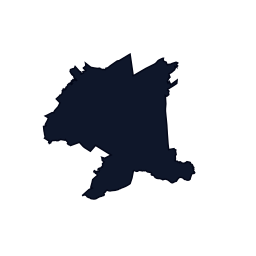 Jala, Nayarit, Mexico, rotated 124°
{"feature_id": "50627088B47723743355914", "entity_name": "Jala", "entity_type": "district", "adm_level": 2, "iso_a3": "MEX", "parent_name": "Mexico", "parent_adm1": "Nayarit", "projection": "mercator", "projection_center": [-104.394, 21.203], "detail": "fine", "context": "isolated", "style": "filled", "palette": "ink", "viewbox_px": 256, "rotation_deg": 124, "n_neighbors": 0, "source": "geoboundaries", "source_scale": "gbopen_adm2", "svg_char_len": 5811}
<svg xmlns="http://www.w3.org/2000/svg" viewBox="0 0 256 256"><g transform="rotate(124 128 128)"><path d="M113.6,207.5L113.6,207.2L114.0,206.5L114.1,206.4L114.5,205.6L114.3,205.0L114.4,204.4L115.0,204.4L115.1,202.7L114.8,202.5L115.0,202.1L115.6,201.7L116.8,200.3L116.8,200.1L116.6,200.1L116.6,198.9L116.8,198.2L117.3,197.2L117.5,197.3L117.9,198.5L118.0,199.7L118.3,199.9L119.1,199.7L118.9,200.7L119.5,200.7L120.6,201.1L120.8,200.3L121.2,200.6L121.3,200.5L121.4,200.8L121.9,200.6L122.7,200.9L122.7,200.7L122.1,200.5L122.8,200.6L122.1,200.4L122.4,199.9L122.4,198.9L123.5,199.2L123.3,200.1L123.4,200.4L123.0,201.5L123.5,200.5L123.7,200.9L124.0,201.1L123.8,201.7L124.1,201.2L124.2,201.3L124.1,201.7L125.9,202.1L126.2,202.1L127.0,201.6L127.7,201.6L128.5,202.1L129.2,202.0L129.1,201.7L130.2,202.0L130.4,201.7L130.5,201.4L130.8,201.2L131.8,202.0L131.5,202.5L132.0,203.0L131.9,203.4L132.8,203.2L133.5,203.4L133.6,202.8L134.7,202.7L136.0,201.9L137.2,201.9L138.0,202.0L138.7,202.7L138.9,202.8L139.5,202.7L141.7,203.1L142.2,203.3L144.0,203.7L145.1,198.4L149.4,197.8L154.4,198.5L156.6,198.3L156.9,198.1L157.7,199.5L162.4,202.1L163.0,202.4L163.2,202.6L164.3,203.3L164.1,199.8L165.0,199.4L166.8,199.0L170.9,198.6L171.6,198.3L171.8,197.3L172.4,197.4L172.6,197.7L173.1,197.9L173.4,198.4L173.9,198.9L177.5,195.9L178.7,194.6L179.7,193.8L181.2,192.1L182.6,191.4L183.1,191.5L183.1,190.7L182.9,188.4L183.1,188.1L182.9,187.8L182.9,187.4L182.6,186.7L183.2,186.1L184.5,185.6L184.4,184.8L184.7,184.5L183.7,184.0L183.7,184.4L180.8,183.8L178.9,181.3L178.4,180.9L178.4,180.1L177.4,178.7L176.7,178.6L176.1,177.9L175.3,177.8L173.4,173.6L173.1,173.4L173.0,173.1L172.7,173.2L173.4,170.1L173.7,169.6L174.8,169.4L175.0,168.0L174.6,167.7L174.7,165.9L167.0,160.3L168.3,155.0L168.5,153.3L168.3,146.2L160.5,145.2L159.8,126.9L166.1,130.4L167.0,133.3L167.3,132.8L167.6,132.7L167.8,132.5L167.8,132.2L168.8,131.7L169.3,131.1L169.4,129.2L169.5,128.8L170.0,128.9L170.5,128.8L171.7,129.2L173.3,128.0L174.1,127.7L174.4,127.9L174.9,127.4L175.3,127.8L175.6,128.2L176.4,128.1L177.4,129.3L178.5,129.8L179.3,129.4L179.5,129.4L178.8,128.2L180.3,127.5L181.5,129.0L182.4,131.3L182.1,131.8L182.8,132.1L183.2,131.9L183.2,131.6L183.4,131.4L183.2,131.3L183.0,130.4L183.3,129.9L183.8,129.6L183.4,128.6L184.1,127.0L184.4,126.8L187.9,127.8L190.5,128.4L193.5,127.2L197.9,125.7L197.8,124.1L200.9,125.9L209.2,128.0L209.7,128.2L209.2,127.7L208.9,127.7L208.3,127.1L207.7,126.5L207.4,125.9L207.3,125.4L207.4,124.4L207.8,123.4L207.6,121.7L207.2,121.2L207.1,120.6L207.3,120.2L207.2,119.1L205.9,116.5L204.6,115.1L201.4,113.5L200.5,112.9L199.5,111.9L198.6,111.4L197.5,110.4L197.2,110.3L196.3,110.6L196.0,111.2L195.6,111.6L194.8,111.5L193.9,111.1L191.9,111.0L191.1,110.6L191.1,110.0L190.7,108.7L190.2,107.7L189.0,106.5L186.9,103.9L184.4,101.7L183.5,101.4L182.9,100.8L181.1,99.8L180.1,99.0L177.5,97.3L174.7,95.9L172.9,95.2L167.2,96.8L161.0,99.4L160.4,99.6L159.8,99.2L159.2,96.8L158.9,96.4L158.5,95.9L157.3,95.4L156.6,94.8L156.3,93.9L155.7,93.2L155.8,92.8L155.6,92.2L154.8,91.5L154.0,90.1L153.2,89.4L153.2,89.0L153.4,88.6L153.5,87.3L153.0,86.7L153.0,86.2L152.1,84.1L152.1,83.4L152.8,82.7L153.1,82.7L153.3,82.8L153.7,82.4L153.7,81.9L153.0,80.6L152.9,79.8L153.4,79.0L153.5,78.4L153.8,77.8L153.6,76.6L153.6,76.2L153.0,74.7L152.3,73.8L151.5,71.7L151.5,71.0L151.4,70.2L150.0,69.1L149.3,68.2L149.0,67.2L148.7,65.9L148.8,63.2L149.0,61.9L148.8,60.9L148.5,60.5L148.0,60.1L147.3,59.8L145.9,58.9L145.2,58.5L145.1,58.2L142.0,58.2L140.6,57.9L140.0,57.5L139.2,56.5L138.8,55.2L138.7,54.1L139.0,52.4L138.5,51.6L138.2,49.9L137.7,49.1L137.1,48.4L135.8,47.9L134.5,48.4L130.9,49.4L129.9,49.2L129.5,49.0L129.2,48.4L128.6,47.8L127.9,47.7L127.9,48.0L127.3,48.5L127.4,48.8L127.4,49.2L126.9,49.6L126.0,50.5L125.6,50.3L125.2,50.5L125.2,51.8L125.1,52.0L124.6,52.0L124.4,51.5L123.9,51.5L123.8,52.4L123.6,52.6L123.7,53.3L123.1,53.3L122.8,53.6L122.5,54.4L122.5,55.0L122.6,55.4L123.0,55.8L122.9,56.1L121.8,57.0L121.8,57.3L122.5,59.2L122.7,59.7L123.0,60.0L123.0,60.3L123.4,60.5L124.1,60.4L124.7,61.2L125.3,61.2L125.8,61.5L126.2,62.1L126.4,62.8L127.1,64.0L127.0,64.4L126.8,64.9L126.8,65.7L127.6,66.6L128.0,66.3L128.2,67.4L128.0,68.7L128.6,69.4L128.8,70.6L127.0,71.5L124.5,73.4L123.2,73.2L122.0,74.3L120.9,75.5L119.5,76.1L119.8,77.7L119.4,78.3L123.2,82.2L119.1,85.7L110.2,92.7L103.9,97.5L93.1,106.4L91.0,107.8L86.9,110.1L80.5,115.0L80.6,114.6L80.4,114.1L80.0,114.1L79.7,113.5L77.5,112.9L75.9,114.4L74.6,114.6L74.3,115.3L74.6,116.3L73.4,116.7L68.2,114.3L63.8,112.5L60.8,114.1L68.3,116.8L66.4,119.8L68.5,119.9L68.3,120.3L67.5,121.4L67.2,121.3L66.5,121.7L66.3,121.6L65.5,121.8L65.3,122.0L65.0,121.9L64.8,122.0L64.5,122.1L64.0,121.8L63.5,121.8L63.4,122.0L63.0,121.9L62.9,122.2L62.3,121.7L61.4,123.1L60.3,124.4L57.5,123.0L53.7,122.0L51.7,122.4L50.8,123.5L50.3,122.0L50.1,122.0L50.2,121.7L49.6,122.1L49.5,121.9L49.3,122.0L49.2,121.7L48.8,121.6L48.7,122.4L48.5,122.6L47.9,123.4L47.0,123.3L46.6,123.1L46.3,123.1L46.4,124.1L46.5,124.5L46.7,125.0L50.0,127.6L51.4,128.3L51.4,128.5L52.4,129.6L52.7,130.1L53.5,130.4L53.5,130.7L53.4,131.5L53.1,131.7L52.8,132.5L52.4,132.7L52.1,133.1L52.6,135.2L52.5,136.3L51.8,136.8L51.6,137.1L50.4,137.6L51.0,138.3L54.2,140.2L55.4,140.7L58.0,141.0L59.2,141.3L60.4,141.8L68.7,146.5L80.9,152.4L81.7,153.0L65.6,167.6L77.0,172.9L78.5,174.4L85.7,177.2L87.4,177.8L87.7,177.8L89.6,178.5L90.8,179.7L91.4,179.4L92.4,179.6L92.7,180.0L93.0,180.9L93.8,181.8L94.4,184.0L94.2,184.8L95.8,186.8L97.2,189.7L98.5,192.8L98.0,199.5L99.2,198.3L100.3,197.6L101.1,198.0L101.3,197.9L102.1,198.1L103.0,198.6L103.4,198.3L103.5,197.2L103.5,196.1L104.1,194.9L106.6,196.8L107.3,195.7L109.4,197.0L108.7,197.6L108.0,198.3L108.1,199.1L108.3,199.6L106.6,206.2L108.8,205.8L109.0,205.9L109.5,206.7L110.2,207.2L110.5,207.3L110.7,207.6L111.7,208.3L112.0,208.2L113.6,207.5Z" fill="#0f172a" stroke="#020617" stroke-width="1.5"/></g></svg>